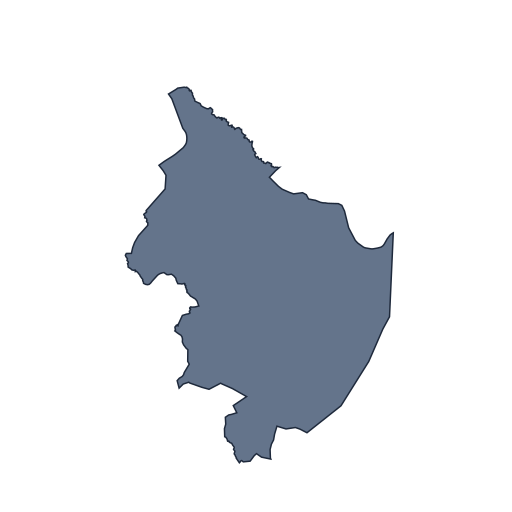 outline of Biu, Borno, Nigeria, rotated 61°
{"feature_id": "59680162B23952502219543", "entity_name": "Biu", "entity_type": "district", "adm_level": 2, "iso_a3": "NGA", "parent_name": "Nigeria", "parent_adm1": "Borno", "projection": "albers", "projection_center": [12.028, 10.829], "detail": "fine", "context": "isolated", "style": "filled", "palette": "slate", "viewbox_px": 512, "rotation_deg": 61, "n_neighbors": 0, "source": "geoboundaries", "source_scale": "gbopen_adm2", "svg_char_len": 6030}
<svg xmlns="http://www.w3.org/2000/svg" viewBox="0 0 512 512"><g transform="rotate(61 256 256)"><path d="M302.3,124.7L302.3,125.9L302.6,128.4L304.6,132.9L307.8,138.1L308.1,138.8L308.5,139.7L308.7,140.7L308.8,141.7L308.8,142.6L308.7,143.0L307.9,146.1L306.6,149.8L306.1,151.0L305.5,151.9L302.1,156.2L301.1,157.2L300.0,157.9L294.3,160.6L293.4,160.9L290.5,161.6L276.3,161.3L259.6,156.8L253.3,156.4L250.1,158.6L248.3,161.7L244.7,167.7L243.1,169.7L242.0,171.6L240.2,173.7L236.1,177.0L234.4,179.1L231.6,182.4L226.8,182.3L223.2,184.6L219.9,193.0L216.6,195.9L211.1,200.1L210.1,200.8L206.0,202.6L203.9,203.2L198.8,204.7L193.6,206.1L190.9,197.4L189.9,192.7L189.5,193.8L188.8,194.2L188.4,195.1L187.8,195.8L187.5,197.3L187.1,197.3L185.8,197.9L185.8,198.7L184.4,199.1L184.0,198.3L183.7,198.2L183.1,197.8L182.7,197.8L182.2,198.3L181.8,198.6L181.4,199.3L180.9,199.2L180.4,199.6L180.1,200.1L179.5,200.2L179.4,201.0L179.9,202.6L179.4,202.9L178.8,203.7L178.4,204.2L177.9,204.0L177.5,203.7L177.1,203.7L176.7,204.1L176.3,204.9L175.3,205.1L174.1,204.6L173.6,204.2L173.3,204.4L173.2,204.8L173.4,205.1L173.2,205.8L172.8,206.5L172.0,206.6L171.3,206.4L170.5,206.4L169.9,206.5L169.9,207.5L170.1,208.1L168.9,208.2L167.5,208.2L166.5,207.9L166.4,207.3L166.4,206.5L164.1,206.5L163.4,207.0L161.6,207.1L161.6,206.5L160.9,206.1L160.5,206.5L158.6,206.5L157.2,206.0L155.3,204.6L154.4,203.7L154.0,203.5L153.6,203.9L154.0,204.6L153.9,205.1L153.2,206.2L152.7,206.4L151.7,206.0L151.0,205.9L150.4,206.6L149.4,206.8L148.6,206.8L148.0,207.4L147.5,208.3L147.2,209.0L146.6,209.1L146.1,208.7L146.1,208.0L145.7,207.4L145.8,206.8L145.3,206.6L144.7,207.2L143.7,207.9L142.6,208.1L141.2,208.6L138.3,207.3L137.9,208.1L136.7,208.3L136.3,208.3L135.4,208.8L135.0,209.7L134.9,210.5L134.6,211.3L135.0,213.1L134.4,213.2L133.8,213.0L133.2,213.0L132.6,213.1L132.0,213.5L131.5,214.8L131.1,214.6L130.8,213.9L130.1,213.5L129.6,214.2L129.6,215.0L129.2,216.1L128.7,216.6L128.1,216.9L127.0,216.3L126.3,215.5L125.8,215.2L124.4,216.4L123.5,216.6L122.6,215.9L122.0,215.9L121.8,216.5L121.3,216.8L120.4,216.8L120.0,217.1L119.7,218.0L119.7,218.5L120.5,219.3L120.5,219.9L120.3,220.2L119.2,219.9L118.9,219.7L118.9,219.0L118.5,218.8L118.2,219.3L117.9,220.2L117.9,220.9L116.7,221.1L116.3,221.7L116.3,222.6L116.3,223.3L115.4,223.7L114.2,224.1L112.1,224.3L111.2,225.6L110.1,225.9L109.2,225.0L108.9,224.0L107.9,223.6L106.8,223.0L106.0,223.4L104.8,223.7L104.1,224.1L104.1,225.1L104.2,226.2L103.3,227.6L100.5,229.7L98.0,231.2L96.7,231.0L95.6,231.0L91.1,234.3L89.9,234.1L89.0,233.6L87.4,233.9L85.5,233.4L84.6,233.6L83.4,233.0L82.8,232.6L82.3,232.7L81.7,233.0L81.2,232.8L80.3,232.6L79.5,232.6L79.6,233.7L79.3,234.1L78.7,234.1L78.4,233.7L77.7,233.6L77.1,233.8L76.5,233.9L76.1,234.3L75.6,234.6L74.8,234.7L74.8,235.4L73.5,237.0L71.2,243.1L71.5,245.0L71.9,254.0L77.7,253.4L108.8,258.1L112.8,257.6L114.3,257.6L116.3,258.0L118.3,258.8L119.9,259.6L121.7,260.8L123.4,262.2L124.4,263.7L125.5,266.0L126.0,267.2L127.9,277.1L128.3,281.1L128.6,287.0L128.8,290.3L129.6,296.9L136.6,295.8L141.8,295.6L153.3,303.0L163.0,330.1L163.7,330.4L164.3,330.2L164.7,330.8L164.9,333.3L165.4,334.1L167.4,333.9L168.1,334.3L168.6,334.8L169.7,333.8L170.4,333.6L172.0,334.1L172.2,334.6L172.8,335.1L173.9,334.8L174.5,334.5L176.7,335.8L181.2,348.8L185.3,355.6L188.9,359.8L193.3,363.7L190.9,368.2L192.0,369.9L193.5,370.1L196.1,369.8L197.3,371.0L199.0,370.5L200.1,370.9L200.3,372.0L202.1,372.4L203.7,373.2L206.3,371.8L208.0,371.3L209.3,369.8L209.6,368.5L210.6,368.4L211.1,369.1L211.7,367.9L212.8,367.4L214.5,367.2L216.2,366.8L217.4,367.0L220.1,366.7L221.5,366.4L222.7,367.1L224.1,367.1L225.4,367.6L227.3,366.3L228.5,364.8L229.0,363.2L228.6,361.3L227.6,358.9L225.1,351.5L224.9,350.1L224.9,348.4L225.3,346.3L225.9,344.5L229.1,343.0L229.9,341.7L230.9,338.8L233.3,337.6L236.5,336.9L238.5,337.5L242.3,337.8L243.9,335.2L244.6,334.4L245.2,332.0L245.6,331.7L246.0,331.7L246.1,332.0L246.4,332.3L246.9,332.3L247.3,332.1L247.6,331.8L248.0,331.8L248.3,332.0L248.8,332.7L249.9,332.7L250.3,332.6L250.6,332.9L251.2,333.0L251.7,333.1L252.0,332.8L252.3,332.9L252.8,333.3L253.3,333.5L253.5,333.4L253.8,333.8L254.4,334.0L255.9,333.3L259.3,332.7L264.2,329.9L266.9,329.4L272.0,330.3L271.0,334.1L269.6,337.0L269.0,337.5L268.8,338.0L269.1,338.3L269.2,338.6L269.2,339.0L269.3,339.2L269.7,339.3L269.8,339.4L270.0,339.5L270.3,339.4L270.4,339.0L270.8,339.0L271.0,339.2L271.8,340.4L271.8,340.7L271.9,341.0L272.2,341.2L272.8,341.3L273.2,341.2L273.8,341.4L273.7,341.8L273.9,342.5L273.9,342.9L273.1,345.2L272.3,349.2L278.1,357.1L278.0,357.8L278.2,357.7L278.3,357.5L278.5,357.5L278.8,357.9L279.1,358.0L278.8,358.3L278.7,358.3L278.5,358.1L278.5,358.3L278.4,358.5L278.6,358.8L278.7,359.0L278.5,359.3L278.3,359.4L278.1,359.6L278.6,360.4L278.7,361.1L279.3,361.6L279.9,361.8L280.3,361.8L280.9,362.2L281.2,362.2L281.4,362.2L281.5,362.2L281.8,362.4L281.9,362.7L282.0,362.7L282.2,363.3L284.6,362.3L287.1,361.1L288.8,360.1L290.7,359.9L292.9,360.5L295.5,362.1L298.6,362.4L302.9,361.8L304.9,361.0L315.0,366.8L317.8,366.8L318.3,366.9L323.1,375.2L324.7,376.9L325.6,378.9L325.7,382.3L326.8,385.4L334.3,387.3L332.7,381.7L333.8,376.0L335.0,375.5L344.7,366.9L349.8,361.7L350.1,348.6L351.4,347.8L360.5,340.9L374.4,332.4L375.8,348.4L383.8,348.8L382.6,354.4L381.8,356.9L382.2,361.0L388.4,364.0L391.7,367.3L398.9,371.0L399.8,370.3L400.4,370.2L402.4,370.1L403.7,370.5L404.2,370.6L404.5,370.2L404.5,369.8L404.8,369.5L405.5,369.4L405.7,369.6L406.0,369.5L406.5,369.2L407.0,369.0L407.2,368.7L408.1,368.0L408.9,368.1L410.1,368.1L410.7,368.0L412.1,367.8L412.7,367.8L413.3,368.1L413.9,369.1L414.2,369.4L414.7,369.4L415.9,369.1L416.4,369.1L416.8,369.3L417.7,370.3L418.5,371.0L418.9,371.0L419.5,370.8L421.0,371.0L422.9,371.0L423.2,371.3L428.8,370.8L428.4,369.6L427.9,368.8L427.9,367.8L428.0,367.7L429.9,366.9L432.6,360.6L429.8,354.4L429.1,351.4L434.6,348.7L440.8,341.5L439.6,341.3L432.1,337.5L428.0,333.7L425.4,329.8L420.8,326.1L415.0,320.2L421.8,313.6L425.1,304.7L428.6,301.6L435.3,297.1L428.2,254.3L402.9,208.5L381.4,180.5L373.9,168.7L302.3,124.7Z" fill="#64748b" stroke="#1e293b" stroke-width="1.5"/></g></svg>